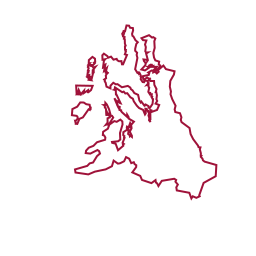 the district of Gildeskål nor, Nordland, Norway, rotated 334°
{"feature_id": "86288312B17859654216493", "entity_name": "Gildeskål nor", "entity_type": "district", "adm_level": 2, "iso_a3": "NOR", "parent_name": "Norway", "parent_adm1": "Nordland", "projection": "albers", "projection_center": [14.061, 66.984], "detail": "fine", "context": "isolated", "style": "outline", "palette": "rose", "viewbox_px": 256, "rotation_deg": 334, "n_neighbors": 0, "source": "geoboundaries", "source_scale": "gbopen_adm2", "svg_char_len": 5847}
<svg xmlns="http://www.w3.org/2000/svg" viewBox="0 0 256 256"><g transform="rotate(334 128 128)"><path d="M187.2,87.4L179.9,89.3L180.2,90.9L177.8,91.6L177.3,90.1L178.0,89.3L175.0,89.1L175.8,87.5L174.5,86.7L170.5,87.0L171.1,88.1L169.9,89.4L164.2,88.0L163.2,90.4L163.4,91.5L167.3,91.0L168.5,93.0L170.2,93.4L167.8,94.0L168.6,95.5L172.0,97.2L170.6,100.8L170.7,105.5L168.8,107.7L169.2,107.8L168.3,111.3L166.1,114.7L166.1,116.5L163.5,118.2L166.1,121.0L162.0,124.5L156.3,123.9L156.9,122.5L155.9,121.6L151.9,130.1L151.0,130.3L150.8,132.5L150.3,130.2L151.5,128.5L151.9,125.7L153.3,124.3L153.4,121.5L154.0,120.6L153.1,121.1L153.0,118.9L152.1,118.3L150.4,122.6L149.2,123.3L149.5,118.3L146.7,114.9L145.7,111.8L144.9,106.6L145.2,103.8L143.6,101.4L142.6,96.4L140.7,95.8L140.1,93.4L138.5,93.3L134.1,85.8L133.3,86.8L133.7,87.6L132.4,87.6L133.6,88.7L131.9,92.5L132.3,92.7L132.2,102.5L131.7,102.0L131.2,98.5L131.0,99.9L129.1,101.1L129.6,99.9L128.8,95.3L128.5,101.0L129.0,100.7L128.9,102.2L128.3,104.4L128.4,106.1L130.2,104.6L128.3,108.1L129.6,109.1L129.2,109.9L129.5,111.2L132.0,117.4L133.1,115.6L133.3,118.5L132.8,119.9L136.1,124.9L132.1,126.6L132.1,124.5L129.3,127.2L130.1,128.2L131.4,126.4L132.0,127.1L131.1,129.8L128.0,132.1L128.1,136.7L127.6,137.7L126.8,136.0L126.1,136.2L126.4,135.3L125.5,133.4L127.8,130.1L128.1,126.8L127.7,126.3L126.9,127.4L126.9,128.7L127.7,128.1L127.0,129.1L122.0,129.7L120.6,132.3L120.9,133.5L121.7,133.0L120.1,135.0L120.5,135.4L116.6,139.0L117.3,140.5L116.2,140.7L116.0,141.9L109.3,143.6L110.0,136.7L107.3,134.4L107.5,133.5L113.4,135.6L116.0,135.0L118.6,129.0L124.6,122.5L125.8,119.6L124.8,117.1L120.6,117.5L118.7,115.8L112.7,116.8L109.6,119.8L104.0,120.5L102.3,123.3L103.3,124.2L103.5,126.6L102.3,128.5L93.9,127.2L89.1,128.9L84.1,128.5L80.4,130.0L79.0,132.0L82.9,134.5L90.9,134.4L91.9,136.2L91.6,138.7L87.8,139.7L81.5,143.7L78.0,143.0L74.8,144.2L62.2,142.0L61.3,145.0L72.0,152.3L79.1,152.7L89.8,155.4L96.8,155.3L100.8,151.0L103.3,155.6L105.3,156.2L109.9,156.2L113.5,153.3L115.6,156.1L115.5,161.0L118.2,161.3L118.1,163.3L119.1,165.1L118.2,166.7L112.4,169.8L118.0,176.4L117.8,180.8L124.9,187.8L129.9,186.9L129.2,189.2L129.9,190.5L129.9,193.5L135.2,190.3L147.3,193.9L148.5,195.8L147.1,197.1L148.0,200.7L145.4,202.5L144.5,205.5L154.7,213.1L154.1,219.1L156.3,217.8L158.8,220.7L162.5,220.8L162.5,219.7L171.9,210.5L185.7,209.8L191.2,200.0L182.1,191.8L181.2,189.9L181.5,188.2L180.8,185.8L181.9,185.1L181.4,184.4L182.4,182.7L183.2,178.7L184.6,177.2L183.0,176.2L183.2,174.5L181.7,166.6L181.6,160.9L183.3,155.0L178.7,146.2L179.0,143.9L180.7,141.8L181.2,137.5L177.5,134.4L178.1,131.7L180.5,128.9L180.4,121.5L181.0,116.3L182.6,114.0L183.7,109.2L186.7,104.2L192.7,100.1L194.7,97.4L187.9,91.7L187.2,87.4ZM171.6,35.2L167.9,39.6L166.8,39.1L166.6,40.7L166.3,39.3L164.1,40.8L163.9,42.4L165.0,42.2L163.7,43.6L164.8,44.8L163.4,46.0L164.0,46.8L162.2,50.8L162.0,53.0L161.1,53.2L159.7,56.2L160.3,56.8L159.5,57.5L159.8,58.1L157.5,60.4L159.1,61.9L151.5,68.6L150.5,68.1L151.4,65.0L149.2,64.1L148.1,62.5L148.1,60.9L144.9,60.2L144.0,56.4L140.9,56.1L141.0,54.4L138.9,50.6L136.8,51.4L135.0,55.5L137.7,56.2L135.9,56.9L132.0,62.8L133.5,62.9L134.4,61.6L134.6,61.6L135.3,61.0L135.5,61.0L131.8,65.9L135.3,64.7L133.4,66.9L133.6,68.7L132.3,67.6L132.2,68.6L133.7,69.5L131.1,71.0L130.1,73.7L127.8,74.0L128.1,75.0L127.5,76.1L127.8,77.3L126.8,81.4L129.6,84.7L130.8,82.3L134.6,80.9L136.2,83.4L137.8,84.0L140.4,88.7L146.3,90.1L147.8,92.7L147.6,94.3L148.6,96.2L149.0,99.4L151.6,102.6L150.3,108.3L150.6,110.6L151.6,110.1L152.7,116.0L153.1,114.6L154.1,114.5L156.0,117.3L155.4,118.8L156.5,119.5L160.6,117.1L163.2,113.0L162.7,112.3L162.9,111.0L164.1,109.8L162.3,110.8L164.2,108.1L163.0,107.5L163.6,105.4L162.4,106.9L162.1,104.4L164.8,101.0L164.5,99.8L165.5,97.9L163.8,97.6L166.2,96.5L165.9,95.6L166.3,94.3L164.1,92.8L162.5,93.9L161.3,93.1L160.8,89.7L162.2,87.8L161.9,87.2L162.5,86.5L162.5,83.6L161.5,84.1L161.4,82.4L160.6,82.5L160.2,78.3L167.2,69.1L167.8,66.1L169.2,64.3L168.3,61.7L169.3,59.8L172.3,56.1L174.4,55.2L173.2,52.4L173.0,48.1L172.4,47.1L172.9,45.2L175.4,42.5L176.2,40.3L173.8,38.8L173.8,36.5L171.6,35.2ZM189.7,61.5L191.8,59.5L190.5,57.4L189.3,57.3L187.6,53.8L179.5,53.2L180.0,55.6L182.9,57.4L179.9,60.4L179.5,63.1L177.2,66.6L177.3,68.1L179.0,68.8L176.9,69.1L175.6,75.8L174.5,76.4L175.0,75.1L172.0,73.2L171.7,74.8L172.3,77.2L171.3,79.1L165.7,81.3L168.5,83.7L173.5,83.0L172.8,81.8L175.6,82.8L174.8,81.1L176.1,81.0L177.1,81.6L176.4,82.8L177.7,83.2L176.8,83.8L180.6,85.6L176.8,87.1L177.1,87.6L180.5,88.0L183.7,86.9L184.4,86.0L183.5,84.3L185.1,82.0L182.2,79.2L182.3,76.0L183.6,71.7L187.1,67.7L189.7,61.5ZM96.3,84.1L91.7,86.6L86.3,86.6L83.2,91.9L87.2,94.6L87.5,96.0L87.0,97.5L83.8,98.7L84.0,99.7L83.5,98.9L83.1,100.6L84.1,100.2L83.0,101.3L84.2,102.1L87.9,98.9L87.1,98.4L92.1,98.7L100.8,93.9L101.6,95.0L102.3,94.2L102.2,95.4L103.4,93.3L102.9,93.0L103.7,90.3L100.9,88.3L99.4,85.7L96.3,84.1ZM114.7,74.6L100.0,67.1L97.0,74.3L98.0,74.9L96.9,75.4L99.9,76.9L99.3,73.3L100.4,72.1L100.3,77.0L104.9,75.1L103.4,77.3L108.7,76.5L107.7,78.3L108.0,78.5L111.4,77.7L114.7,74.6ZM118.7,95.4L117.7,97.3L116.4,96.8L116.9,97.6L116.2,99.4L116.7,99.7L116.4,101.6L113.9,107.5L115.8,105.7L115.6,106.8L116.8,106.6L115.8,107.6L116.3,108.2L116.7,107.7L117.3,106.4L117.6,106.0L116.3,110.5L113.9,110.3L112.0,114.2L109.5,115.4L111.9,115.6L111.6,116.9L119.3,112.1L119.0,110.1L117.9,109.6L119.2,102.8L119.3,97.6L118.7,95.4ZM120.0,54.3L118.6,55.6L118.9,57.0L116.3,59.6L118.4,58.9L116.8,60.4L117.5,60.8L116.0,60.7L114.5,62.9L116.5,63.4L115.8,64.7L116.2,65.1L113.8,64.6L114.7,66.5L113.7,67.4L116.0,69.0L115.7,66.7L116.8,68.0L120.7,63.3L120.3,63.0L121.3,61.3L121.9,62.3L122.6,60.8L122.2,60.4L125.6,58.7L123.3,58.6L123.1,57.0L120.0,54.3ZM127.2,48.5L122.6,49.8L121.1,52.6L122.0,53.0L120.3,53.7L124.2,56.2L126.6,55.2L126.1,54.4L127.6,54.0L128.7,51.2L127.2,48.5Z" fill="none" stroke="#9f1239" stroke-width="2"/></g></svg>